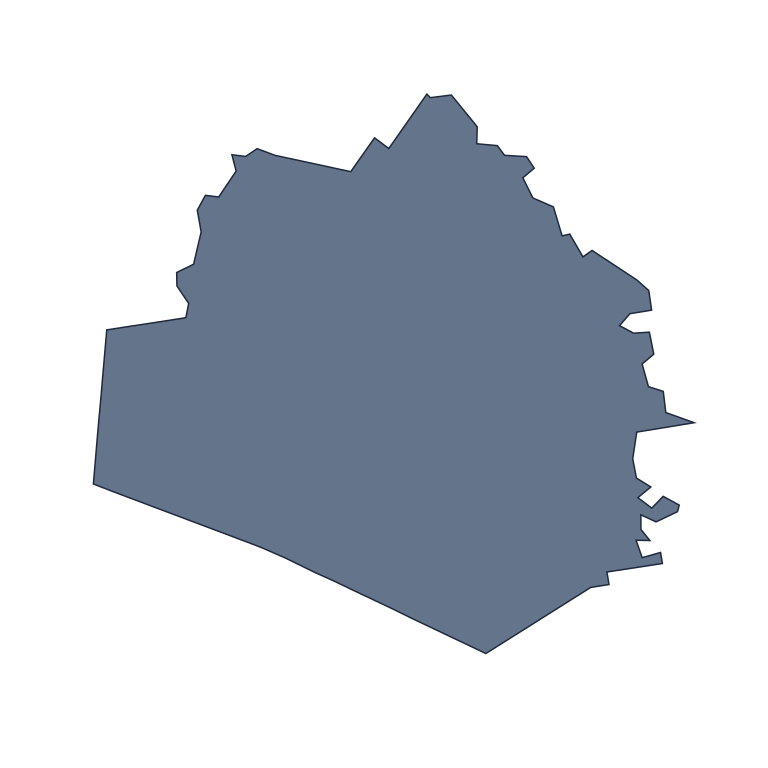 the district of Fort Bend, Texas, United States of America, rotated 172°
{"feature_id": "52423323B41825478999592", "entity_name": "Fort Bend", "entity_type": "district", "adm_level": 2, "iso_a3": "USA", "parent_name": "United States of America", "parent_adm1": "Texas", "projection": "robinson", "projection_center": [-95.832, 29.525], "detail": "fine", "context": "isolated", "style": "filled", "palette": "slate", "viewbox_px": 768, "rotation_deg": 172, "n_neighbors": 0, "source": "geoboundaries", "source_scale": "gbopen_adm2", "svg_char_len": 1214}
<svg xmlns="http://www.w3.org/2000/svg" viewBox="0 0 768 768"><g transform="rotate(172 384 384)"><path d="M301.2,665.1L346.5,616.5L359.1,629.1L387.4,598.9L460.1,625.6L476.9,634.7L489.3,628.6L502.7,632.2L500.8,615.4L521.7,592.2L534.6,595.7L544.7,582.1L543.9,560.0L555.9,529.1L573.8,523.3L575.4,509.9L566.2,491.0L571.0,477.2L651.0,476.2L662.1,428.1L665.8,411.7L668.5,400.3L674.2,376.0L685.7,325.4L665.6,314.2L552.0,252.2L541.7,246.6L528.7,239.4L528.0,239.0L506.2,225.6L478.7,207.0L461.7,196.3L447.0,186.6L445.8,185.7L407.7,160.7L388.6,147.7L333.2,111.2L320.7,102.9L207.6,153.8L189.1,154.1L189.4,166.8L133.3,167.5L133.6,178.7L152.5,176.1L156.1,194.2L142.5,192.0L149.8,204.2L147.9,218.7L133.8,209.6L111.1,216.7L108.5,223.0L123.2,233.9L136.1,223.8L148.4,236.1L134.1,244.9L147.1,255.7L148.1,275.3L140.4,301.2L82.3,302.5L108.9,316.5L108.5,337.8L122.5,344.6L125.6,367.9L112.7,376.0L114.0,398.4L129.8,399.6L142.6,409.0L130.7,419.4L108.7,419.9L108.8,439.7L119.3,452.0L159.4,487.3L169.3,482.2L179.2,506.6L187.0,505.9L191.6,535.8L210.7,547.5L217.8,568.9L205.2,576.8L211.2,589.3L232.8,593.7L238.6,604.3L258.7,609.0L255.9,625.8L277.1,660.8L298.3,661.1L301.2,665.1Z" fill="#64748b" stroke="#1e293b" stroke-width="1.5"/></g></svg>